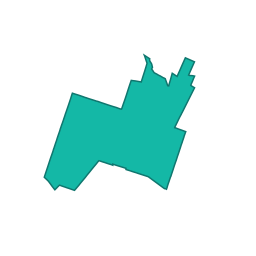 Gottlob, Timis, Romania (orthographic projection), rotated 123°
{"feature_id": "2599482B49237381448413", "entity_name": "Gottlob", "entity_type": "district", "adm_level": 2, "iso_a3": "ROU", "parent_name": "Romania", "parent_adm1": "Timis", "projection": "orthographic", "projection_center": [20.686, 45.94], "detail": "fine", "context": "isolated", "style": "filled", "palette": "teal", "viewbox_px": 256, "rotation_deg": 123, "n_neighbors": 0, "source": "geoboundaries", "source_scale": "gbopen_adm2", "svg_char_len": 3087}
<svg xmlns="http://www.w3.org/2000/svg" viewBox="0 0 256 256"><g transform="rotate(123 128 128)"><path d="M209.4,138.9L208.7,138.8L207.3,138.6L205.6,138.4L202.7,138.0L201.3,137.9L199.2,137.7L196.8,137.4L192.7,136.9L189.9,136.7L186.5,136.3L182.5,135.9L181.6,135.8L178.9,135.5L175.7,135.1L172.5,134.8L171.3,134.6L170.8,133.1L170.3,131.0L169.7,129.0L169.1,126.6L168.5,124.3L167.9,122.3L167.5,120.5L166.6,121.1L166.2,119.7L165.8,118.0L164.9,114.8L163.9,111.3L163.4,109.5L163.2,108.6L162.9,107.8L163.9,107.1L157.8,84.5L159.0,64.4L158.5,63.4L158.4,62.4L156.7,62.8L154.8,63.4L152.9,63.9L151.8,64.2L150.8,64.4L149.0,64.9L147.8,65.2L145.8,65.7L145.3,65.7L143.9,66.1L141.2,66.8L137.7,67.7L137.4,67.8L134.1,68.7L130.5,69.6L129.1,69.9L127.3,70.4L124.8,71.1L123.5,71.4L121.9,71.8L120.4,72.2L120.0,72.3L117.8,72.9L116.2,73.3L113.4,74.1L110.4,74.8L108.7,75.3L108.1,75.4L107.0,75.7L105.4,76.1L104.2,76.5L102.9,76.8L99.6,77.6L100.0,79.3L100.7,82.4L101.3,84.8L102.0,88.2L102.3,89.0L101.2,89.3L99.1,89.5L98.5,89.6L96.0,89.9L94.5,90.1L92.1,90.4L90.3,90.6L87.5,90.8L86.4,91.0L85.7,91.0L58.0,94.1L58.1,97.2L58.1,98.2L58.0,98.6L56.7,98.9L53.6,99.4L51.2,99.9L50.0,100.1L48.2,100.4L48.4,101.0L49.1,102.6L49.2,102.8L50.4,104.9L50.6,106.0L40.7,107.6L36.3,108.3L37.2,113.9L37.9,118.1L45.0,117.0L48.7,116.4L52.2,115.8L53.7,115.6L58.0,114.9L58.0,117.2L58.0,120.7L63.1,119.1L65.6,118.3L68.4,117.5L70.5,116.8L70.9,117.8L70.3,118.5L69.9,119.0L68.6,120.7L67.7,121.9L66.8,123.1L66.4,123.5L66.4,124.2L66.4,124.4L66.4,124.6L66.7,126.2L66.7,126.5L66.7,127.2L66.8,129.2L66.8,129.5L66.9,130.0L67.0,130.7L67.1,131.9L67.1,132.6L67.1,133.0L67.3,135.1L67.4,136.1L67.1,136.9L66.3,138.6L65.7,140.3L64.9,140.4L63.8,140.5L62.5,141.9L61.6,142.8L61.1,143.6L60.4,145.1L60.3,145.3L60.4,145.6L60.3,145.8L60.2,145.9L59.8,146.3L59.1,146.9L58.9,147.1L58.6,147.4L58.1,147.5L58.1,150.3L58.1,153.4L58.1,153.9L58.9,152.8L59.5,152.1L62.0,149.0L63.3,147.3L66.6,146.3L71.5,144.9L76.3,143.6L81.0,142.3L82.2,142.0L83.3,144.6L84.5,147.4L85.9,150.3L86.3,151.2L90.8,150.1L95.7,148.8L100.8,147.4L105.8,146.1L110.8,144.9L115.6,143.7L115.8,143.8L116.2,144.9L116.6,146.4L117.2,149.1L118.1,152.1L118.9,155.0L119.7,158.0L120.5,161.2L121.3,164.2L122.1,167.7L122.7,169.3L123.0,170.6L123.8,173.5L124.7,176.6L125.4,179.5L125.8,180.8L126.0,181.7L126.0,181.9L126.2,182.6L126.7,184.7L126.9,185.5L127.6,188.2L127.7,188.5L128.5,191.3L129.1,193.6L131.1,193.1L133.6,192.4L135.0,192.0L138.1,191.2L141.6,190.3L144.0,189.7L148.0,188.7L150.5,188.1L152.7,187.5L155.5,186.8L156.5,186.5L158.6,186.0L159.7,185.7L161.2,185.4L162.8,185.0L164.3,184.6L165.6,184.3L166.8,183.9L169.1,183.3L170.8,182.9L173.2,182.3L175.5,181.7L177.5,181.1L179.6,180.6L181.9,180.0L184.9,179.2L186.3,178.9L188.2,178.3L191.8,177.4L194.4,176.8L214.9,171.4L215.5,168.1L215.8,166.7L216.0,165.7L216.7,163.9L217.0,163.0L217.6,161.5L218.3,159.7L219.4,156.5L219.7,155.8L219.7,155.7L218.8,155.5L217.8,155.3L216.9,155.1L216.2,155.0L215.6,154.9L214.5,154.6L213.3,154.4L213.0,153.4L212.7,151.9L211.9,148.8L211.3,146.3L211.0,145.3L210.2,142.0L209.4,138.9Z" fill="#14b8a6" stroke="#0f766e" stroke-width="1.5"/></g></svg>